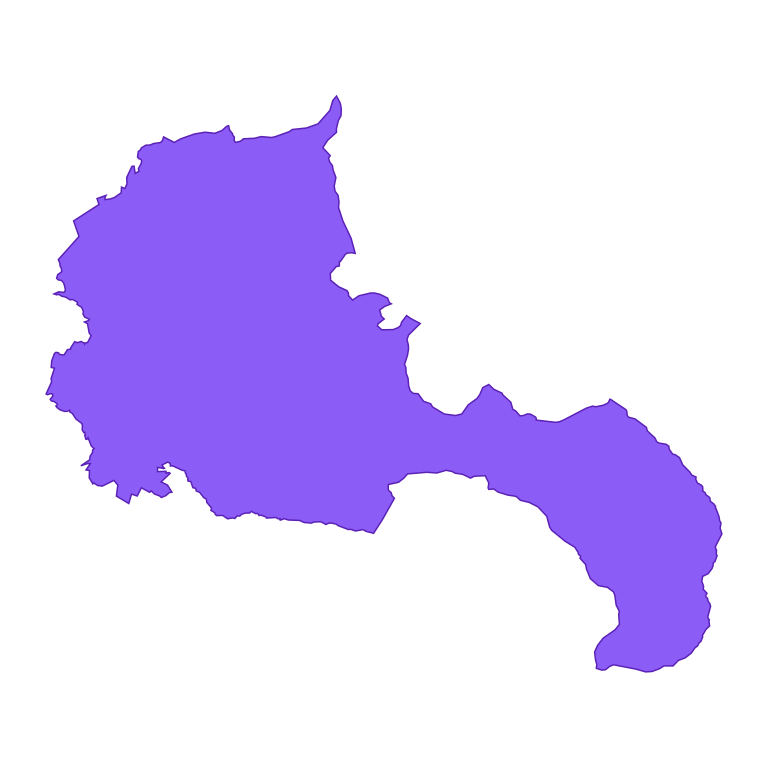 Deda, Mures, Romania
{"feature_id": "2599482B19753328402783", "entity_name": "Deda", "entity_type": "district", "adm_level": 2, "iso_a3": "ROU", "parent_name": "Romania", "parent_adm1": "Mures", "projection": "equal_earth", "projection_center": [24.914, 46.951], "detail": "fine", "context": "isolated", "style": "filled", "palette": "violet", "viewbox_px": 768, "rotation_deg": 0, "n_neighbors": 0, "source": "geoboundaries", "source_scale": "gbopen_adm2", "svg_char_len": 6029}
<svg xmlns="http://www.w3.org/2000/svg" viewBox="0 0 768 768"><path d="M605.6,669.7L609.8,666.3L613.7,664.8L635.9,669.1L645.7,671.9L652.0,671.5L659.5,668.7L664.1,665.9L673.1,665.9L678.3,660.5L685.4,657.7L691.3,653.1L694.9,647.9L697.5,646.0L699.1,642.9L700.9,641.4L702.7,637.0L702.3,635.7L706.1,629.2L709.6,626.0L709.0,621.5L709.3,619.6L708.4,619.1L707.8,616.8L710.6,606.3L709.8,603.6L708.2,601.4L707.5,598.2L706.0,596.9L705.7,595.4L707.0,593.3L703.2,589.2L703.6,586.3L701.8,581.2L702.7,576.3L708.0,573.8L711.9,568.8L713.0,566.0L713.2,563.2L715.1,561.3L717.1,555.6L716.3,554.1L716.5,549.9L715.6,548.5L715.4,546.6L721.9,533.9L720.1,528.1L721.0,523.0L719.6,520.6L719.0,516.6L716.1,508.8L715.3,508.1L715.6,506.4L713.8,504.0L710.4,501.3L709.7,497.5L706.0,494.8L704.9,492.4L702.4,490.9L702.9,490.0L702.6,486.6L701.3,485.1L697.4,483.0L695.7,479.1L696.1,477.1L691.8,475.1L689.7,471.9L682.7,464.8L679.5,457.6L675.1,454.6L672.7,454.2L669.2,449.2L668.8,446.2L666.2,444.3L658.9,443.0L656.7,441.7L654.9,437.9L647.3,430.9L646.4,427.4L635.0,418.9L628.5,417.2L627.2,415.4L626.8,411.3L626.0,409.7L610.5,399.3L609.9,399.2L608.4,402.4L607.1,403.5L603.1,405.3L595.5,406.8L592.8,406.1L586.4,408.1L563.6,420.0L559.0,421.9L555.4,422.3L536.3,420.1L536.1,417.8L535.3,416.9L530.4,414.1L527.4,413.9L523.5,415.5L520.0,415.9L515.7,410.9L512.8,409.3L510.8,402.2L502.9,395.0L502.1,393.2L493.8,389.3L488.8,384.5L482.8,387.6L479.8,394.5L477.1,398.4L468.2,404.9L461.8,414.0L455.6,415.5L444.3,414.0L432.6,407.0L430.7,403.8L423.6,401.3L418.1,393.7L413.2,393.4L410.2,390.8L408.7,385.9L408.0,378.0L406.1,373.1L405.9,367.5L404.5,364.6L407.4,355.6L408.5,349.4L408.4,345.4L407.0,339.3L408.6,335.0L420.2,323.5L410.9,318.6L406.6,315.6L401.6,322.2L400.6,325.5L398.2,327.6L393.1,329.6L381.8,329.8L377.5,326.0L377.9,323.9L384.2,319.0L381.4,316.3L379.7,310.0L384.7,306.4L391.3,303.8L389.4,302.6L387.6,298.1L380.2,294.4L374.6,293.0L370.6,293.0L358.9,295.8L352.6,300.1L348.6,295.7L348.4,293.0L347.0,290.6L338.7,286.8L330.6,280.2L330.3,273.5L336.2,266.6L339.3,266.0L339.4,261.7L340.4,261.4L345.3,254.4L347.0,253.2L351.6,252.7L355.2,253.4L351.1,238.3L342.9,221.0L338.5,207.5L339.0,201.8L338.0,195.2L335.1,191.3L334.2,186.1L335.9,177.5L333.1,169.9L332.4,165.5L329.9,162.4L328.5,158.2L330.2,155.6L322.8,147.7L327.7,140.2L336.5,132.3L336.4,128.7L338.3,120.7L341.0,115.7L341.3,109.1L340.7,105.2L339.9,102.4L336.5,96.1L332.8,100.5L329.9,110.4L318.0,123.9L306.4,128.0L292.3,129.5L289.4,131.6L275.5,136.6L271.7,137.5L261.1,136.6L254.2,138.3L243.4,138.8L240.4,141.3L235.3,142.4L234.2,140.4L234.3,137.1L232.6,134.8L232.5,133.6L229.6,130.1L228.6,125.7L226.5,126.4L222.2,130.4L214.9,133.3L205.1,132.2L194.4,134.0L180.8,138.8L174.2,142.4L163.6,136.9L162.5,140.4L160.6,142.5L153.3,143.6L150.2,145.0L145.8,145.2L141.4,147.9L140.3,150.0L138.3,151.5L137.5,157.0L138.8,158.6L141.0,159.5L141.7,160.8L141.2,163.4L138.4,168.7L138.9,171.3L135.2,173.4L134.0,166.1L131.9,166.4L126.7,177.5L127.0,183.8L124.9,188.5L121.5,187.1L121.2,192.8L114.6,197.4L110.6,198.9L105.1,199.6L104.9,197.7L106.0,195.4L97.0,198.6L99.0,204.5L73.6,220.9L79.0,236.5L58.3,259.6L59.8,263.1L60.1,266.0L61.4,268.5L61.7,271.8L57.7,274.6L56.6,278.3L58.1,279.8L61.7,280.6L63.8,283.2L65.3,289.0L65.1,291.2L63.9,292.4L58.8,291.8L54.0,293.9L56.6,294.8L58.8,294.4L61.5,296.1L65.9,297.2L70.0,299.8L72.6,299.5L77.5,302.1L77.0,304.4L81.6,307.3L83.4,311.5L83.0,314.1L84.7,317.1L89.3,319.3L88.7,320.5L84.5,322.0L87.5,323.7L89.2,333.0L91.1,335.7L87.6,342.5L85.0,343.0L84.6,344.0L84.0,342.9L80.9,341.5L77.5,342.7L74.7,341.7L70.6,348.0L70.6,349.2L67.5,349.6L64.0,355.0L59.5,354.4L58.7,353.0L57.5,352.5L55.6,352.5L54.3,353.8L51.7,360.9L51.2,367.4L54.5,368.2L51.1,378.6L51.6,381.9L46.1,394.0L47.5,394.7L50.3,393.7L52.5,394.0L52.9,396.0L50.2,399.3L51.3,400.9L54.3,401.6L57.1,403.8L57.3,405.0L55.9,406.0L57.0,407.6L60.1,409.9L64.6,411.4L67.1,411.4L69.6,410.2L69.8,411.9L72.4,413.5L75.9,419.0L81.7,423.4L82.4,425.4L82.2,429.9L83.8,432.6L84.8,432.3L85.2,434.7L84.7,435.2L85.8,439.2L86.9,439.4L88.0,437.6L91.3,446.0L94.1,448.6L92.6,450.0L92.6,452.3L90.1,456.2L89.7,459.8L80.8,465.8L87.1,463.7L90.4,463.6L86.0,469.9L89.5,470.6L89.2,477.8L92.8,483.8L93.4,482.8L97.9,485.6L102.3,486.1L113.9,480.4L117.8,485.1L116.4,496.1L128.8,503.5L131.5,494.1L137.2,496.0L141.4,487.8L149.6,492.3L151.2,490.9L154.5,494.0L159.7,496.0L161.3,497.5L165.8,495.7L169.3,492.6L171.9,492.2L167.5,485.1L161.1,481.9L170.1,473.4L169.3,472.6L165.9,473.0L166.0,471.3L157.6,471.6L157.5,467.4L163.9,468.6L164.5,468.2L162.6,466.8L163.0,466.6L162.1,464.9L167.8,462.1L170.2,463.4L170.4,466.0L172.5,465.8L182.3,470.3L185.0,470.8L185.4,473.2L186.3,474.1L186.4,476.0L188.2,478.5L187.7,479.6L188.0,481.0L190.8,481.6L192.9,487.7L195.6,488.3L196.3,491.0L199.6,492.3L203.8,497.7L206.3,499.0L206.8,502.4L211.6,508.1L210.9,510.4L214.8,512.7L215.1,514.1L216.6,515.6L222.6,515.4L227.6,518.8L232.9,517.9L234.9,518.5L237.2,515.8L239.7,516.1L241.9,514.2L245.2,513.1L249.6,513.0L251.4,511.4L255.4,513.6L257.8,513.5L259.0,515.5L260.8,515.1L265.8,516.9L266.6,518.1L276.1,517.5L277.8,518.7L280.2,518.9L279.9,519.8L280.6,520.1L284.2,518.7L288.4,520.0L299.4,520.4L304.2,522.5L311.6,523.1L313.5,522.1L320.7,521.7L325.9,524.5L328.9,523.1L331.5,523.1L336.2,524.1L338.0,525.6L348.2,529.5L350.9,529.4L355.6,531.0L363.0,529.6L365.9,531.3L373.6,533.3L382.5,519.5L394.4,498.3L392.1,495.8L391.1,492.5L388.9,490.8L388.2,489.0L388.4,484.5L398.5,482.3L403.6,478.3L407.6,473.9L426.8,472.3L436.9,473.0L446.1,470.3L452.1,471.5L455.2,473.2L462.6,474.3L470.5,478.1L474.4,476.2L485.2,475.7L488.8,483.0L488.1,487.9L488.8,489.4L493.8,489.0L498.1,492.1L508.2,495.2L514.8,496.1L516.8,496.9L520.4,500.3L529.1,502.4L537.9,506.8L546.8,516.3L549.6,527.0L551.7,530.3L565.3,541.4L574.8,547.2L578.2,552.5L578.4,554.2L580.8,556.4L580.0,558.2L585.7,564.6L586.5,569.1L590.4,578.7L598.4,585.6L607.4,587.3L613.5,591.9L614.8,595.2L616.2,605.2L619.3,611.3L618.7,614.5L619.4,624.4L615.1,629.8L603.2,638.1L597.7,645.2L594.6,652.0L595.6,660.3L596.8,664.5L596.3,668.3L601.8,670.1L605.6,669.7Z" fill="#8b5cf6" stroke="#5b21b6" stroke-width="1.5"/></svg>